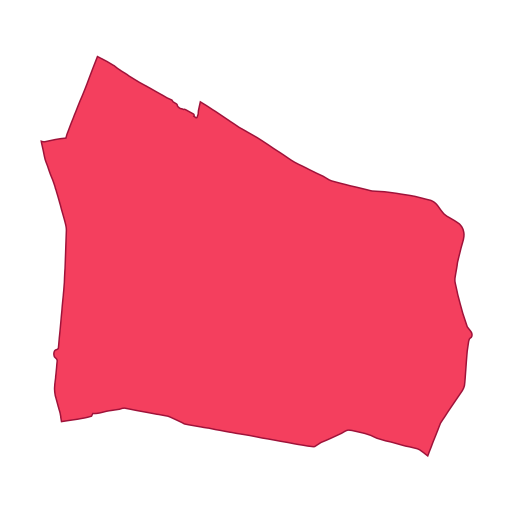 Cuauhtémoc, Distrito Federal, Mexico, rotated 92°
{"feature_id": "50627088B31527020598056", "entity_name": "Cuauhtémoc", "entity_type": "district", "adm_level": 2, "iso_a3": "MEX", "parent_name": "Mexico", "parent_adm1": "Distrito Federal", "projection": "albers", "projection_center": [-99.15, 19.433], "detail": "fine", "context": "isolated", "style": "filled", "palette": "rose", "viewbox_px": 512, "rotation_deg": 92, "n_neighbors": 0, "source": "geoboundaries", "source_scale": "gbopen_adm2", "svg_char_len": 5150}
<svg xmlns="http://www.w3.org/2000/svg" viewBox="0 0 512 512"><g transform="rotate(92 256 256)"><path d="M190.8,99.5L190.8,99.8L190.2,103.6L189.0,113.8L188.5,117.5L187.8,124.4L187.6,126.7L187.3,129.9L187.1,138.0L187.0,142.2L186.6,144.4L185.9,147.5L184.5,154.2L183.8,157.6L183.3,160.2L182.6,164.0L182.0,166.7L181.4,169.3L180.9,171.7L180.4,174.0L179.5,178.0L178.3,183.1L177.9,184.2L177.2,185.9L174.0,191.6L171.0,198.7L167.7,206.0L166.3,208.9L164.4,213.1L163.0,216.4L161.0,220.6L159.1,224.0L157.1,227.2L153.6,232.7L147.9,242.2L144.1,248.2L142.6,250.7L140.7,253.8L137.8,258.7L135.1,263.8L132.7,268.4L127.9,277.6L124.9,282.3L124.1,283.6L122.3,286.6L121.9,287.2L116.7,295.5L116.2,296.3L112.9,301.6L111.2,304.6L110.0,306.5L107.4,310.8L103.9,317.0L108.2,317.8L112.7,318.6L114.5,318.7L116.1,318.7L119.1,319.6L119.7,319.9L120.0,320.7L118.7,322.6L118.5,323.0L118.2,322.8L117.7,322.7L117.2,322.8L116.6,323.1L116.2,323.6L112.4,331.1L111.9,332.4L111.9,332.9L112.1,333.4L112.0,333.9L111.7,334.4L111.5,335.3L111.3,336.3L111.1,337.1L110.7,337.8L110.2,338.3L109.9,338.8L109.4,339.3L108.7,339.8L107.9,339.9L106.9,340.6L104.8,344.3L103.1,345.5L102.2,347.7L101.0,350.6L99.5,353.3L95.5,361.1L92.0,367.7L90.7,370.3L87.1,377.5L86.0,379.6L82.8,385.2L82.0,386.6L80.6,389.1L79.0,391.4L75.7,397.2L73.3,401.0L70.7,404.5L70.3,405.4L67.2,411.0L66.9,411.5L62.2,421.4L73.6,425.4L84.8,429.2L90.2,431.0L95.9,433.0L101.9,435.2L107.0,437.2L112.8,439.3L118.5,441.3L121.1,442.3L124.1,443.3L129.9,445.4L135.2,447.2L140.5,449.0L141.1,449.2L144.8,450.1L145.5,455.1L146.2,458.6L146.7,461.1L146.8,461.4L149.2,471.1L149.3,471.9L149.1,473.6L148.8,474.6L150.0,474.4L158.1,472.3L163.6,471.0L164.7,470.7L166.9,470.1L169.5,469.1L173.5,467.4L177.3,466.0L181.1,464.5L184.3,463.1L186.9,461.9L190.2,460.6L193.7,459.3L195.2,458.9L197.2,458.1L199.7,457.3L202.9,456.2L205.7,455.3L208.5,454.4L209.2,454.2L211.9,453.3L216.0,452.1L220.3,450.7L223.1,449.8L225.6,449.0L228.2,448.2L231.7,447.2L233.0,446.9L234.6,446.6L236.9,446.4L238.0,446.4L242.8,446.4L257.1,446.4L261.4,446.4L265.4,446.4L268.8,446.4L269.3,446.4L275.2,446.4L278.1,446.5L284.1,446.6L285.2,446.6L285.9,446.6L289.3,446.6L291.3,446.7L296.4,446.9L301.3,447.2L302.0,447.2L307.9,447.6L312.9,447.9L317.6,448.1L322.2,448.4L328.0,448.7L333.3,449.0L338.6,449.3L344.3,449.7L350.2,450.0L353.7,450.2L355.1,450.3L355.5,450.5L356.2,451.3L356.6,452.2L356.9,453.0L357.5,453.7L358.3,454.2L359.5,454.5L360.2,454.6L361.2,454.6L362.4,454.4L363.7,454.0L364.7,453.0L365.5,452.1L366.2,451.5L367.5,451.0L369.1,451.1L371.9,451.3L374.5,451.4L377.7,451.6L381.1,451.8L383.2,452.0L384.3,452.0L385.8,452.1L387.8,452.3L389.1,452.4L391.3,452.6L392.0,452.6L394.4,452.7L394.8,452.7L396.0,452.7L397.7,452.5L398.1,452.5L399.5,452.3L401.1,452.0L402.7,451.7L404.5,451.1L408.7,449.8L411.9,448.8L413.0,448.5L414.4,448.0L415.8,447.6L416.9,447.2L419.7,446.3L423.4,445.5L423.9,445.5L428.3,444.6L427.2,438.9L425.4,429.0L425.2,428.0L424.7,425.8L423.9,422.0L423.0,418.5L421.8,414.8L419.1,413.6L419.1,411.9L418.9,409.7L418.3,406.7L417.5,403.8L416.4,400.1L415.8,397.4L415.4,395.0L414.8,391.9L413.9,387.0L412.9,384.3L412.6,382.1L413.4,376.9L414.5,370.3L414.9,367.6L416.3,358.0L417.6,349.6L417.8,347.5L419.2,338.3L420.1,335.8L422.7,329.6L425.0,324.3L425.9,322.5L426.3,321.8L427.0,317.6L427.8,311.9L428.7,305.4L428.7,305.1L428.9,304.0L429.2,302.1L429.6,298.2L429.6,297.5L429.9,295.9L430.9,290.3L431.5,285.7L431.9,283.2L432.4,280.1L433.0,276.0L433.1,274.7L434.0,269.1L434.3,266.2L434.9,261.4L435.6,256.0L436.8,248.6L437.7,243.4L438.4,237.6L439.2,232.1L440.3,224.9L441.3,217.4L442.3,211.3L442.9,207.1L443.4,202.7L444.1,197.9L444.6,191.8L444.4,190.7L440.2,184.7L439.7,183.7L437.6,179.1L435.8,175.4L430.2,164.3L428.9,162.3L428.2,161.2L427.2,159.3L426.8,157.9L426.8,156.7L427.0,154.1L428.3,147.3L429.1,143.2L429.6,140.8L431.3,134.9L432.2,132.9L432.4,132.3L432.5,132.2L433.9,128.8L436.2,120.0L437.1,115.0L437.8,112.0L438.2,110.4L440.2,102.2L440.8,99.6L441.4,95.6L442.8,89.0L443.0,88.1L443.9,85.8L446.1,82.5L449.8,77.4L448.7,77.0L445.9,76.1L443.1,75.1L440.6,74.2L437.8,73.3L434.9,72.3L429.7,70.4L423.8,68.3L417.7,66.2L416.6,65.8L413.1,63.7L410.9,62.3L408.6,60.9L406.4,59.6L404.4,58.4L398.7,54.8L395.7,52.9L392.5,50.9L386.2,46.9L383.5,45.2L381.9,44.4L380.5,43.8L378.4,43.2L377.4,43.1L374.9,42.9L370.6,42.7L363.0,42.4L354.5,42.1L347.7,41.8L343.8,41.6L340.1,41.2L333.9,40.5L332.7,40.2L332.0,40.0L331.3,39.7L330.6,39.1L330.0,38.3L329.7,38.0L328.6,37.5L328.0,37.4L326.8,37.4L325.5,37.7L324.1,38.5L323.5,39.0L319.4,42.4L306.2,47.3L302.7,48.4L299.5,49.4L297.6,50.0L296.3,50.4L293.3,51.3L290.6,52.1L288.7,52.7L286.9,53.2L284.4,53.8L276.3,55.9L274.5,56.3L273.0,56.4L271.3,56.4L265.9,55.7L261.7,55.1L258.5,54.7L256.3,54.5L254.8,54.3L253.9,54.1L248.1,52.9L245.3,52.3L241.0,51.4L238.5,50.8L235.7,50.1L232.3,49.3L230.8,49.1L229.2,48.9L226.9,48.9L225.0,49.2L222.5,49.9L221.2,50.5L219.6,51.4L218.4,52.4L217.5,53.2L216.8,53.9L215.7,55.6L213.8,58.7L212.4,61.3L211.2,63.5L209.6,66.6L208.6,68.0L207.5,69.5L206.1,70.8L203.9,72.7L200.9,75.0L199.5,76.1L198.0,77.4L197.2,78.3L196.4,79.3L195.7,80.3L194.8,82.1L194.3,83.3L193.3,88.1L192.4,92.1L191.7,95.4L190.8,99.5Z" fill="#f43f5e" stroke="#9f1239" stroke-width="1.5"/></g></svg>